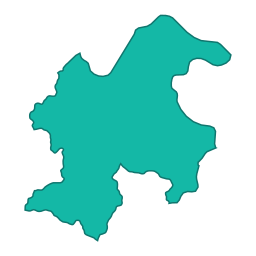 the border of Borski
{"feature_id": "SRB-125", "entity_name": "Borski", "entity_type": "District", "adm_level": 1, "iso_a3": "SRB", "parent_name": "Republic of Serbia", "parent_adm1": "", "projection": "natural_earth1", "projection_center": [22.104, 44.305], "detail": "fine", "context": "isolated", "style": "filled", "palette": "teal", "viewbox_px": 256, "rotation_deg": 0, "n_neighbors": 0, "source": "natural_earth", "source_scale": "10m", "svg_char_len": 5752}
<svg xmlns="http://www.w3.org/2000/svg" viewBox="0 0 256 256"><path d="M215.9,147.9L207.0,151.7L205.2,153.5L202.1,158.2L198.7,161.8L198.2,162.1L198.0,163.7L198.2,165.1L198.6,165.9L198.9,165.9L196.8,173.7L196.4,176.7L196.6,179.2L197.9,184.8L198.0,187.1L195.5,191.2L191.8,191.8L187.6,191.5L183.3,192.9L180.9,196.2L179.3,200.0L177.0,202.7L172.4,202.8L169.2,203.3L169.3,203.1L169.0,202.0L168.6,201.2L168.1,200.8L167.1,200.3L166.7,200.0L166.4,199.5L166.4,199.0L166.5,197.2L166.5,196.6L165.8,194.9L165.6,194.0L165.6,193.1L165.7,192.7L166.3,192.2L167.0,191.8L168.4,191.2L169.2,190.5L170.3,188.9L171.3,188.0L171.9,187.2L172.4,186.5L172.8,185.3L172.8,184.8L172.6,184.3L171.6,182.4L170.8,180.6L170.2,179.8L169.8,179.4L169.0,179.1L166.4,178.8L164.3,178.2L162.1,177.6L160.8,177.1L160.0,176.5L159.7,176.2L158.8,174.4L158.1,173.5L157.5,173.1L155.3,171.6L154.7,171.3L153.7,171.0L152.2,170.8L150.6,170.8L149.1,170.8L147.6,171.0L146.0,171.7L145.4,172.1L144.3,173.3L143.8,173.6L143.2,173.7L142.6,173.8L141.3,173.7L139.0,172.9L138.3,172.8L134.4,172.5L133.7,172.3L132.1,171.8L130.0,171.7L129.6,171.6L128.5,171.1L128.0,170.7L125.0,168.1L123.0,166.6L121.9,165.3L120.7,163.7L119.7,165.4L119.2,166.7L118.9,168.0L118.6,168.6L118.3,169.1L117.1,170.7L116.3,172.1L115.5,172.8L114.3,173.7L114.0,174.0L112.4,176.5L112.2,176.9L112.1,177.6L112.3,178.2L112.9,179.0L113.8,179.7L115.9,180.8L116.8,181.5L117.1,182.0L117.3,182.7L117.5,184.2L117.4,186.6L117.2,188.4L117.2,188.8L117.3,189.1L117.5,189.5L118.8,190.9L119.1,191.4L119.7,193.7L119.9,194.1L120.2,194.5L121.7,195.9L122.0,196.4L122.2,196.9L122.2,198.1L121.8,200.1L121.8,200.6L122.1,202.6L122.1,203.2L121.9,203.7L121.6,204.4L121.3,204.9L120.8,205.2L120.0,205.5L117.7,206.0L117.0,206.4L116.6,206.6L116.3,207.0L116.1,207.6L115.7,209.3L115.5,209.8L115.1,210.4L114.7,211.0L113.1,212.6L112.6,213.2L112.0,214.4L111.4,216.1L111.0,216.8L110.3,217.9L108.9,219.5L108.5,220.1L107.8,221.6L107.1,223.2L107.0,223.7L106.9,224.3L107.3,226.4L107.3,227.9L107.2,228.6L106.8,229.9L106.0,231.8L105.7,232.3L105.3,232.7L105.0,232.9L102.4,234.0L100.3,234.5L99.9,234.8L99.7,235.2L98.2,238.3L97.6,240.6L95.4,239.2L93.9,237.8L87.3,235.2L86.2,234.7L85.1,233.8L84.8,233.4L84.6,232.8L84.3,231.1L84.0,230.1L83.1,228.7L82.9,228.3L82.8,227.9L82.8,226.7L82.6,226.1L82.3,225.6L81.0,223.9L80.7,223.3L80.1,221.7L79.9,221.2L79.5,220.8L79.2,220.6L78.8,220.4L77.5,220.3L76.5,220.4L76.1,220.5L75.7,220.9L74.5,222.8L73.4,224.1L73.1,224.4L72.5,224.6L71.9,224.6L69.4,223.8L67.8,222.8L66.9,222.5L64.4,222.1L63.1,221.9L62.6,221.7L60.3,220.2L60.0,220.0L58.2,217.9L57.0,216.8L56.2,216.3L54.4,215.6L54.0,215.3L53.4,214.1L52.7,213.1L51.5,211.6L51.0,211.3L50.7,211.1L48.4,210.6L46.1,209.9L45.5,209.9L44.0,210.2L41.1,211.2L39.5,211.4L38.6,211.4L37.3,211.1L35.2,210.1L34.2,209.8L33.6,209.7L33.0,209.8L30.5,210.8L29.9,210.9L28.8,210.9L25.1,210.1L25.2,207.0L25.3,205.9L25.5,205.4L25.9,204.8L27.2,203.8L27.5,203.5L27.7,203.1L27.9,202.5L28.1,199.6L28.4,198.8L28.7,198.5L29.1,198.3L30.1,198.1L31.0,197.7L31.6,197.4L32.6,196.5L32.9,196.0L33.0,195.5L33.1,194.1L33.3,193.7L34.5,190.7L35.4,190.7L37.7,189.9L38.4,189.9L40.6,190.1L41.3,190.1L42.1,189.9L42.7,189.5L43.4,189.0L44.8,187.4L45.3,186.9L47.5,185.4L49.8,184.1L52.2,183.1L53.4,182.8L54.2,182.8L60.1,182.8L61.3,182.5L62.1,182.0L62.7,181.3L63.8,179.8L64.1,179.3L64.2,179.0L64.1,178.5L63.8,178.0L62.3,176.7L61.9,175.8L61.7,175.2L61.5,173.0L60.8,170.9L60.8,170.5L61.0,170.2L61.4,169.7L62.5,168.9L63.0,168.4L63.4,167.7L63.6,167.1L63.6,166.5L63.6,165.9L63.4,165.1L63.2,163.7L63.1,161.2L63.2,160.0L63.7,158.0L63.7,156.7L63.4,155.7L62.6,154.0L62.2,152.7L62.2,152.2L62.3,151.7L63.3,150.4L63.4,150.1L63.5,149.7L63.4,149.3L63.2,148.9L62.5,148.4L61.8,148.1L60.8,148.2L59.9,148.5L59.0,149.2L57.1,151.4L55.8,152.6L55.3,152.9L54.9,153.0L54.6,152.9L54.1,152.6L52.7,151.2L51.0,149.9L50.8,149.4L50.7,148.9L50.7,147.7L51.1,145.6L51.2,144.9L51.1,144.2L50.6,142.2L50.7,141.4L50.9,140.1L50.9,139.6L50.4,137.6L50.4,135.7L50.4,135.2L49.9,133.9L49.4,133.1L47.4,131.1L46.7,130.6L45.7,130.3L44.5,130.0L43.7,129.7L42.6,128.8L42.1,128.5L41.5,128.3L40.2,128.3L39.5,128.4L36.5,129.2L34.1,129.6L33.6,128.3L32.5,126.3L32.3,125.7L32.4,125.2L32.6,124.6L33.3,123.6L33.6,123.0L33.7,122.5L33.6,122.0L33.2,121.3L32.7,120.5L30.8,119.1L30.1,118.4L30.0,118.0L29.8,117.3L29.7,115.9L29.8,114.5L30.0,113.8L30.3,113.1L30.8,112.4L31.3,112.0L32.8,111.3L33.7,110.5L34.0,110.0L34.4,109.2L34.6,108.5L34.8,105.6L34.9,105.0L35.1,104.6L35.4,104.2L35.7,103.9L36.5,103.5L37.5,103.2L38.8,103.3L41.1,104.2L41.7,104.2L42.1,104.0L42.5,103.8L43.0,103.1L44.2,100.6L45.8,99.2L46.3,98.6L47.1,97.2L47.9,96.5L48.5,96.1L49.4,95.9L50.0,95.9L52.3,96.2L54.2,96.2L55.0,95.9L55.4,95.5L55.7,95.0L56.6,93.0L56.8,92.5L56.8,91.9L56.2,90.1L55.3,88.0L55.1,86.8L55.2,86.2L55.4,85.2L55.7,84.8L56.5,83.8L56.9,83.0L57.3,81.2L57.6,80.2L58.6,78.8L58.9,78.0L58.9,76.7L59.0,75.9L58.9,75.0L58.7,74.3L57.8,72.9L58.5,72.3L59.6,71.5L60.7,71.1L62.0,71.0L62.7,70.7L63.0,70.4L63.2,69.9L63.2,68.7L63.3,68.2L63.7,67.5L64.4,66.6L66.2,64.5L67.9,63.1L69.9,61.1L75.9,55.4L79.9,53.2L80.7,56.5L81.8,58.5L84.0,60.3L86.3,61.6L88.2,63.3L90.4,70.9L94.0,74.1L98.6,76.0L103.1,76.4L108.1,75.2L110.8,72.7L134.3,34.2L135.6,30.1L138.6,28.0L147.2,26.3L151.2,24.0L158.5,16.9L160.6,15.4L165.7,15.5L169.5,16.3L172.6,17.9L187.0,32.3L194.1,37.5L201.1,40.6L217.4,42.4L220.5,44.4L230.9,54.9L229.7,59.7L226.1,63.0L221.5,65.0L217.5,65.7L213.0,64.7L205.5,60.1L201.1,58.5L196.8,58.3L192.7,59.5L189.6,62.1L188.4,66.5L187.8,71.0L186.1,73.6L183.4,74.7L176.1,75.0L174.2,75.5L172.8,76.7L171.9,79.2L171.3,82.7L171.3,86.1L171.9,88.3L176.3,91.9L177.2,93.7L177.4,95.7L176.9,99.8L177.1,101.8L180.8,109.4L186.3,116.3L193.3,121.7L201.3,125.0L209.8,126.1L213.8,127.8L215.5,131.3L214.6,143.9L215.7,147.8L215.9,147.9Z" fill="#14b8a6" stroke="#0f766e" stroke-width="1.5"/></svg>